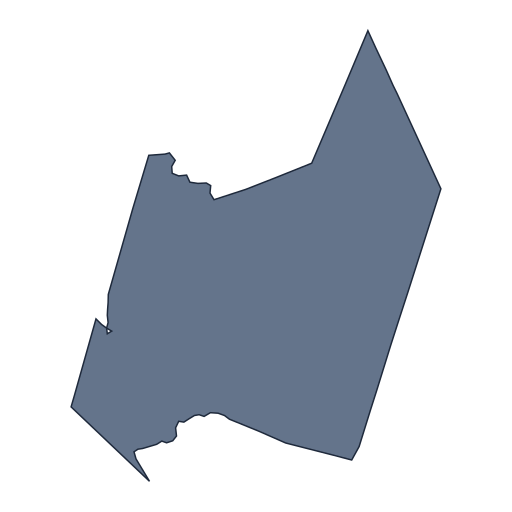 Viçosa, Alagoas, Brazil
{"feature_id": "56859067B60749603012982", "entity_name": "Viçosa", "entity_type": "district", "adm_level": 2, "iso_a3": "BRA", "parent_name": "Brazil", "parent_adm1": "Alagoas", "projection": "natural_earth1", "projection_center": [-36.297, -9.342], "detail": "fine", "context": "isolated", "style": "filled", "palette": "slate", "viewbox_px": 512, "rotation_deg": 0, "n_neighbors": 0, "source": "geoboundaries", "source_scale": "gbopen_adm2", "svg_char_len": 988}
<svg xmlns="http://www.w3.org/2000/svg" viewBox="0 0 512 512"><path d="M440.9,188.8L397.1,93.6L393.1,85.5L386.2,70.0L375.6,47.6L367.9,30.7L345.2,84.6L311.7,163.2L276.1,177.5L245.7,189.4L214.0,199.7L210.0,193.1L210.7,185.6L206.3,183.0L197.9,183.4L189.9,182.2L186.6,175.1L178.7,175.9L172.2,173.3L171.7,166.5L175.2,160.3L169.4,152.9L165.0,154.1L148.8,155.3L132.7,208.9L108.3,294.4L108.1,302.7L107.6,309.3L107.3,315.3L108.1,322.6L106.6,328.1L101.6,324.5L96.0,318.9L74.4,395.5L71.1,406.9L149.5,481.3L136.0,458.9L134.0,451.8L137.9,449.2L142.6,448.5L150.0,446.3L156.7,444.3L161.8,441.1L166.6,442.8L172.7,440.8L176.5,436.0L175.6,427.8L178.7,421.3L183.9,422.1L188.7,419.0L194.4,415.5L199.1,414.7L204.1,416.4L210.4,412.7L218.1,413.2L224.5,415.5L229.4,419.2L258.6,431.1L285.7,443.0L332.3,454.9L351.7,460.0L359.1,446.6L370.6,409.6L376.6,390.8L390.8,345.0L398.3,321.7L407.6,293.1L440.9,188.8ZM106.6,328.1L111.7,331.1L107.3,333.8L106.6,328.1Z" fill="#64748b" stroke="#1e293b" stroke-width="1.5"/></svg>